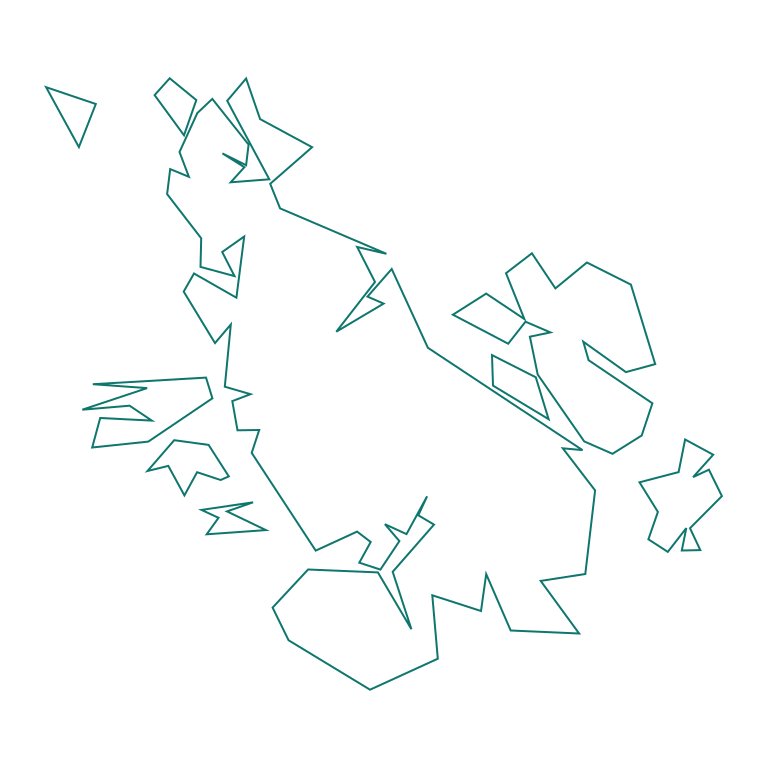 the district of Fjell nor, Hordaland, Norway
{"feature_id": "86288312B65460294234921", "entity_name": "Fjell nor", "entity_type": "district", "adm_level": 2, "iso_a3": "NOR", "parent_name": "Norway", "parent_adm1": "Hordaland", "projection": "robinson", "projection_center": [5.057, 60.356], "detail": "medium", "context": "isolated", "style": "outline", "palette": "teal", "viewbox_px": 768, "rotation_deg": 0, "n_neighbors": 0, "source": "geoboundaries", "source_scale": "gbopen_adm2", "svg_char_len": 1923}
<svg xmlns="http://www.w3.org/2000/svg" viewBox="0 0 768 768"><path d="M585.3,574.0L595.1,490.4L562.8,448.3L582.5,450.1L427.9,347.8L391.7,269.0L367.5,296.6L383.6,303.6L336.3,331.7L375.0,282.0L357.2,247.0L386.4,253.8L280.1,208.4L270.2,183.8L312.1,147.2L260.1,119.1L246.1,78.5L227.2,100.8L269.3,179.3L230.7,182.3L244.4,167.2L222.4,153.4L246.1,165.2L248.6,144.6L212.3,98.9L197.3,113.1L179.5,152.0L188.9,176.8L170.2,169.1L167.1,194.1L201.2,238.3L200.5,266.9L234.5,276.1L222.2,252.0L244.2,236.5L236.4,297.7L194.0,273.5L183.7,291.6L215.0,343.1L230.8,324.5L224.8,386.7L250.5,394.2L232.3,401.1L237.5,430.3L259.2,430.0L251.7,452.9L315.7,550.6L357.1,531.6L370.7,542.0L359.3,562.7L380.4,569.6L399.4,541.1L384.9,524.2L406.5,534.1L427.1,496.3L418.3,515.3L434.0,524.6L392.7,571.8L411.4,629.2L377.9,572.4L308.1,569.5L272.6,607.6L288.6,640.3L370.0,689.7L437.8,658.7L432.3,595.3L481.0,611.0L486.2,574.1L510.7,630.5L579.1,633.5L540.7,580.9L585.3,574.0ZM531.9,253.3L506.0,273.2L524.4,319.1L486.2,293.6L452.9,314.7L508.2,343.7L525.5,321.7L550.4,332.4L529.9,336.7L537.7,374.5L584.2,441.4L612.5,453.8L641.7,435.5L652.4,403.3L588.6,360.2L583.3,341.7L625.9,372.1L655.2,364.1L630.9,284.6L586.9,262.5L555.4,288.4L531.9,253.3ZM206.0,377.6L92.8,384.2L147.1,388.1L82.3,409.7L129.6,405.7L151.8,420.6L100.2,418.0L92.2,447.5L148.3,441.6L212.4,398.3L206.0,377.6ZM690.0,528.2L721.9,496.1L708.9,469.7L693.1,477.1L713.2,454.7L685.1,439.5L678.6,472.1L639.5,482.3L657.9,511.9L648.4,539.3L667.8,551.9L686.3,528.1L681.8,550.5L700.3,550.1L690.0,528.2ZM174.2,440.2L147.5,471.0L168.3,465.9L184.4,495.4L197.1,472.2L220.6,480.0L228.8,476.4L208.6,444.9L174.2,440.2ZM95.8,104.0L46.1,87.2L78.9,147.1L95.8,104.0ZM492.0,355.1L493.0,385.6L548.6,419.2L535.8,377.3L492.0,355.1ZM196.3,100.1L169.7,78.3L154.6,95.1L184.0,135.3L196.3,100.1ZM253.1,502.3L201.5,509.9L218.5,517.8L206.7,534.3L265.9,530.1L227.0,511.4L253.1,502.3Z" fill="none" stroke="#0f766e" stroke-width="2"/></svg>